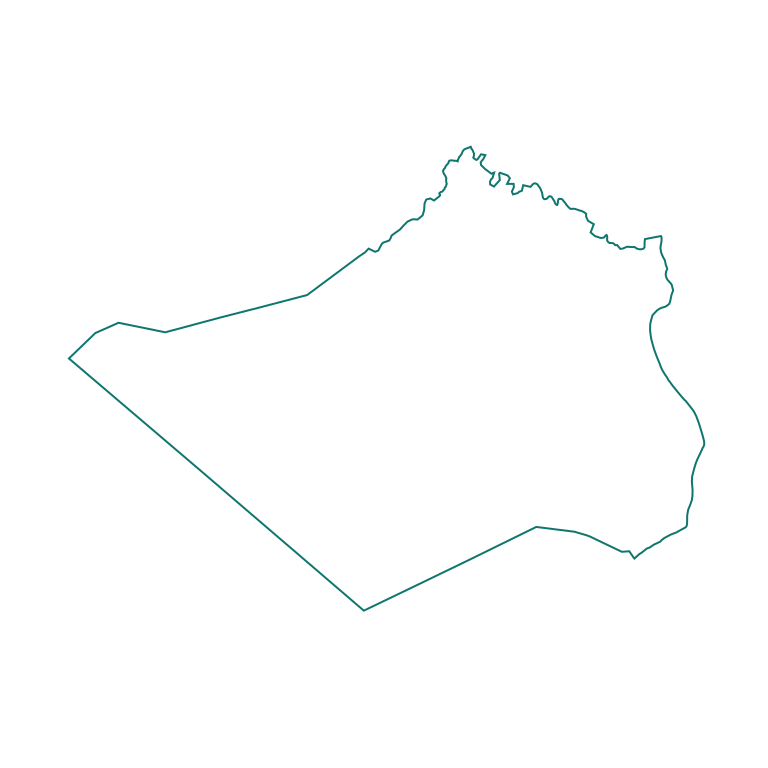 North-East, Guadalcanal, Solomon Islands, rotated 81°
{"feature_id": "97153195B83197530845720", "entity_name": "North-East", "entity_type": "district", "adm_level": 2, "iso_a3": "SLB", "parent_name": "Solomon Islands", "parent_adm1": "Guadalcanal", "projection": "orthographic", "projection_center": [160.275, -9.538], "detail": "fine", "context": "isolated", "style": "outline", "palette": "teal", "viewbox_px": 768, "rotation_deg": 81, "n_neighbors": 0, "source": "geoboundaries", "source_scale": "gbopen_adm2", "svg_char_len": 4106}
<svg xmlns="http://www.w3.org/2000/svg" viewBox="0 0 768 768"><g transform="rotate(81 384 384)"><path d="M595.6,163.9L594.4,162.2L592.7,159.6L591.7,157.9L591.0,156.1L588.0,150.8L587.7,150.3L587.4,149.3L587.2,147.8L586.9,146.8L584.9,142.6L582.9,135.7L581.7,134.4L580.0,131.2L579.1,128.7L577.5,124.0L576.3,118.2L575.5,116.3L572.7,108.4L572.0,107.6L570.8,107.0L568.9,106.4L561.3,105.1L555.9,103.3L550.9,100.3L548.5,99.0L546.6,98.0L542.9,96.9L537.1,95.8L528.6,95.2L526.5,94.7L524.0,94.3L516.1,90.9L510.8,88.3L507.6,86.4L498.6,80.2L497.3,79.5L496.0,78.3L493.7,77.1L490.6,76.8L484.3,77.4L472.2,79.1L464.7,80.6L460.9,81.8L459.2,82.4L456.6,83.8L448.0,88.6L446.4,89.9L443.8,91.6L435.2,96.7L431.0,99.1L426.1,101.6L424.6,102.5L421.6,103.5L418.6,105.0L416.1,106.0L414.3,106.8L410.4,107.9L406.7,108.6L403.1,109.5L397.3,110.8L392.0,111.8L387.9,112.3L381.4,113.0L377.2,113.0L374.2,112.9L371.9,112.7L368.3,112.0L366.9,111.8L363.4,110.5L358.4,108.2L357.3,107.1L353.9,102.6L352.9,100.4L352.2,98.1L351.7,94.3L350.8,92.0L349.4,89.7L347.5,88.6L343.8,87.2L340.7,86.0L337.3,84.0L336.7,83.8L331.1,84.3L330.1,84.7L325.2,87.8L323.0,88.5L320.5,88.7L319.0,88.4L316.9,87.7L314.8,86.3L313.7,86.3L310.7,87.0L306.0,87.2L302.3,88.5L299.8,89.2L297.3,89.7L293.4,89.7L291.6,89.4L286.5,87.6L283.4,87.0L282.0,87.0L281.2,87.3L281.7,103.6L285.2,104.5L289.7,105.3L290.9,106.5L291.2,109.0L290.8,111.0L289.7,113.2L287.9,115.1L287.5,118.1L286.6,121.6L286.5,122.8L287.6,126.9L287.5,129.5L283.2,132.0L283.2,133.0L283.0,134.0L282.0,134.5L281.0,135.5L280.5,136.5L280.0,139.2L279.2,140.1L277.9,140.9L277.2,141.1L275.8,141.0L274.3,140.6L272.9,140.5L271.9,140.7L271.6,141.0L272.0,141.9L273.3,143.2L273.7,143.8L273.8,145.0L273.8,146.3L273.4,147.7L272.0,150.3L271.1,152.3L266.6,156.2L259.0,151.8L254.7,157.0L250.1,158.2L247.5,157.7L245.7,159.4L244.8,160.7L244.1,161.5L243.7,162.3L243.5,163.3L242.8,164.3L241.5,166.9L241.0,167.8L240.5,169.7L240.4,171.5L240.0,172.7L238.2,174.1L235.9,175.6L233.3,176.8L231.3,178.1L229.6,179.0L229.0,179.7L228.7,181.4L228.5,181.9L228.7,182.7L230.5,183.6L232.0,183.9L233.0,184.2L234.2,184.9L234.0,185.6L233.5,186.1L231.7,186.9L230.4,187.0L226.6,188.7L225.6,189.1L225.0,189.7L224.4,190.9L224.5,191.6L225.1,192.5L226.4,194.1L226.6,194.7L226.6,196.5L226.2,197.1L225.0,197.8L224.1,197.9L222.2,198.0L221.1,197.9L219.6,198.0L218.4,198.3L216.1,198.8L214.6,199.3L213.4,199.9L212.6,200.5L211.7,200.7L210.8,201.3L210.0,202.2L209.4,203.6L209.5,204.9L210.4,206.3L211.5,207.5L212.2,208.5L209.4,215.4L214.7,217.6L215.3,220.5L216.4,222.1L216.9,226.9L214.0,227.6L209.8,224.9L206.6,224.7L205.6,231.1L200.5,227.5L197.4,229.2L193.5,236.4L194.4,237.4L200.7,237.7L206.2,244.5L203.5,247.9L200.9,247.7L198.9,246.5L197.4,244.5L192.4,242.2L193.1,245.0L187.5,250.5L182.9,253.9L180.1,253.8L177.2,250.6L173.8,248.1L172.3,252.2L176.8,256.6L177.1,257.8L175.9,259.2L174.5,260.4L172.1,259.3L170.2,259.1L168.1,259.7L166.9,259.9L165.0,260.9L163.3,261.2L164.6,267.2L165.0,268.2L166.4,269.8L168.7,271.2L170.9,273.2L171.0,273.5L171.8,274.5L172.6,274.8L174.2,275.9L175.6,276.4L175.2,277.0L174.7,278.1L174.5,279.9L173.8,281.5L173.6,283.2L173.6,284.2L173.9,284.8L174.5,285.2L175.4,285.6L176.2,286.2L178.3,288.8L180.5,290.3L181.0,291.2L182.8,292.4L184.9,292.2L186.3,291.7L187.0,291.3L188.7,290.7L190.7,290.2L191.7,290.7L193.2,290.8L194.9,290.9L196.1,290.7L199.1,292.4L199.7,293.3L200.9,293.7L202.1,295.4L202.9,296.0L203.1,296.4L203.3,297.9L203.5,298.4L204.2,299.5L205.3,299.5L205.7,299.1L206.3,299.1L207.3,300.0L210.6,305.9L208.0,309.1L208.4,313.4L212.0,315.7L218.7,317.2L223.5,319.5L226.8,325.1L225.8,329.5L226.1,331.4L227.3,335.4L230.8,340.2L233.9,344.0L238.5,353.2L241.2,354.8L243.1,356.4L244.2,362.5L245.0,364.0L251.3,368.8L252.0,372.1L247.9,378.0L251.0,382.1L254.0,388.5L254.4,389.3L284.1,446.0L289.5,500.2L289.7,503.0L292.7,534.9L298.7,591.8L298.6,592.3L282.0,636.6L288.5,661.1L309.5,691.2L436.8,582.2L503.3,525.6L527.4,505.1L535.8,497.9L548.1,487.5L604.7,439.4L589.6,389.0L570.3,325.0L549.0,256.0L559.7,219.0L563.2,211.6L564.9,208.0L566.7,204.7L574.2,193.8L586.9,175.4L587.6,167.9L594.9,164.4L595.6,163.9Z" fill="none" stroke="#0f766e" stroke-width="2"/></g></svg>